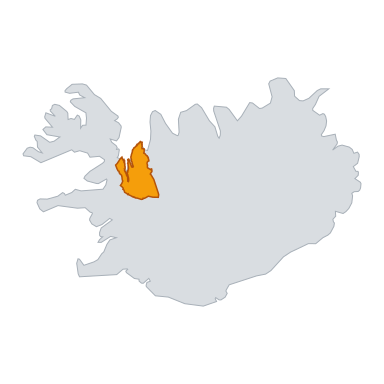 Húnaþing vestra, Norðurland vestra, Iceland (highlighted)
{"feature_id": "244011B78038893235430", "entity_name": "Húnaþing vestra", "entity_type": "district", "adm_level": 2, "iso_a3": "ISL", "parent_name": "Iceland", "parent_adm1": "Norðurland vestra", "projection": "mercator", "projection_center": [-20.962, 65.308], "detail": "fine", "context": "in_parent", "style": "filled", "palette": "amber", "viewbox_px": 384, "rotation_deg": 0, "n_neighbors": 0, "source": "geoboundaries", "source_scale": "gbopen_adm2", "svg_char_len": 8907}
<svg xmlns="http://www.w3.org/2000/svg" viewBox="0 0 384 384"><path d="M299.5,100.6L303.1,100.9L308.9,98.3L317.3,90.5L320.8,88.8L328.9,88.8L319.1,96.3L315.4,104.5L312.7,108.5L312.7,110.3L319.6,115.2L322.9,113.6L324.4,114.2L325.7,116.6L326.6,121.1L326.0,125.9L324.0,130.7L321.3,134.7L321.7,136.0L323.8,136.6L335.2,134.2L336.4,140.0L337.4,142.0L337.1,143.9L332.6,150.1L337.9,146.2L342.1,145.1L349.3,147.1L352.2,149.4L353.9,153.3L357.5,152.1L359.1,154.3L359.2,156.7L357.6,163.3L353.3,166.6L355.9,171.3L358.0,171.4L358.4,172.5L358.2,175.3L354.9,178.6L360.3,182.2L361.0,183.6L360.6,187.8L359.7,190.1L358.1,191.5L354.2,191.7L351.8,193.3L352.6,195.8L351.8,202.8L348.8,208.5L345.9,211.6L343.1,213.5L335.4,211.3L335.7,216.2L332.9,219.3L333.4,221.8L334.4,223.0L333.9,226.3L330.4,232.9L327.9,235.1L322.9,237.7L315.7,243.7L308.4,243.6L290.6,252.1L283.5,256.8L270.9,270.6L265.6,274.1L256.5,275.9L229.2,284.8L226.1,290.2L226.0,291.3L227.2,293.4L225.1,297.2L221.0,299.9L219.1,299.9L215.7,297.6L215.2,298.7L216.6,301.5L203.3,306.1L184.8,303.7L168.4,297.1L155.4,295.8L146.3,286.6L146.1,285.2L147.0,282.4L150.3,281.2L148.8,278.4L143.2,283.3L141.4,283.1L139.1,281.1L139.0,279.2L134.4,278.5L126.4,272.6L125.8,271.2L127.7,269.3L127.3,268.9L123.0,269.2L116.7,274.6L79.5,276.8L78.2,273.9L76.7,263.3L78.0,258.8L79.5,259.2L83.9,265.3L93.9,261.9L97.9,259.6L101.7,253.8L103.8,251.9L106.9,244.4L109.9,239.9L116.3,237.7L110.6,236.4L101.2,242.4L98.0,242.4L99.5,239.7L102.7,236.8L100.5,236.6L99.6,235.3L99.6,232.5L101.2,228.0L112.3,219.9L109.7,218.4L102.0,224.5L96.4,226.7L91.8,223.9L89.6,220.1L89.8,218.4L92.4,213.6L92.0,212.6L90.2,212.2L85.2,207.7L77.4,208.2L58.0,205.6L43.4,211.8L39.8,208.9L37.0,202.7L37.5,200.3L40.1,198.9L47.3,199.1L57.8,196.2L62.6,192.6L64.4,193.5L65.3,195.2L71.8,192.5L75.3,189.3L81.1,190.9L103.0,189.2L105.8,185.0L107.0,180.0L106.5,179.0L98.4,183.6L96.6,183.5L87.3,181.0L83.9,178.3L85.0,176.1L90.0,171.3L102.5,163.3L104.3,161.6L104.5,159.7L99.5,156.3L90.0,157.2L87.6,153.1L79.7,150.7L74.5,152.2L71.7,149.8L40.9,162.7L30.8,156.7L23.7,155.8L23.0,153.9L27.2,148.2L30.1,147.2L32.9,147.7L38.4,151.7L42.2,152.9L37.5,147.1L37.2,141.5L35.8,140.0L34.3,136.3L34.9,135.0L40.6,135.9L49.7,142.3L54.1,141.2L59.9,137.0L46.9,134.7L42.9,129.5L45.8,126.9L52.5,127.2L45.0,118.3L44.7,116.8L45.9,112.8L55.3,116.3L50.3,111.0L50.2,109.8L51.6,108.8L52.4,105.5L54.7,104.3L59.4,105.4L66.8,111.5L67.8,113.2L68.1,119.5L71.0,118.5L74.4,119.4L77.3,115.1L79.2,116.1L80.8,119.9L80.6,128.2L82.6,125.3L86.0,125.1L86.5,118.2L85.9,112.8L74.7,106.4L70.3,101.8L70.8,100.3L73.0,98.9L84.7,97.7L79.7,95.0L78.4,92.2L69.6,93.3L65.1,92.1L65.0,90.7L66.8,88.6L72.1,84.3L82.4,83.9L86.5,85.1L94.4,94.6L100.7,98.4L111.3,111.3L118.0,116.1L118.3,117.4L117.2,118.9L114.6,120.6L118.6,122.8L121.1,126.0L121.2,127.5L119.0,137.6L116.5,140.9L110.2,139.0L111.7,142.2L116.2,145.7L117.2,147.6L116.5,149.4L118.7,148.9L119.3,149.9L118.4,155.7L117.2,157.7L120.9,158.9L123.5,161.7L126.6,173.1L128.3,164.3L129.2,161.1L130.7,159.9L132.5,150.9L136.7,145.6L140.6,143.6L144.6,149.8L147.5,150.5L150.5,139.4L150.9,131.2L150.0,122.1L150.5,115.6L152.5,111.7L155.2,110.5L160.8,114.3L165.5,123.4L172.5,133.2L177.4,135.7L178.2,135.3L179.1,132.2L178.4,119.2L180.7,112.3L186.5,110.6L195.3,104.3L197.3,104.0L201.6,107.7L209.4,120.8L214.9,126.8L217.8,136.4L219.1,138.2L220.3,135.2L220.4,131.0L213.7,111.0L213.6,108.3L214.3,106.1L226.4,107.2L229.1,109.4L237.4,120.8L241.5,116.2L249.7,102.6L252.5,103.0L259.5,108.5L262.2,108.1L270.4,103.1L272.1,96.8L268.7,83.8L270.1,81.1L277.7,77.9L285.8,78.5L294.3,90.6L294.6,96.2L299.5,100.6Z" fill="#d9dde1" stroke="#a8b0b8" stroke-width="1"/><path d="M158.3,197.3L158.7,194.7L158.2,192.8L153.8,179.4L150.8,174.4L150.4,174.3L150.4,173.7L150.5,173.4L151.8,171.8L151.8,171.7L151.8,171.4L152.0,171.0L151.9,170.8L151.9,170.6L151.6,170.2L151.8,169.7L151.7,169.4L151.7,169.2L151.6,168.9L151.4,168.9L150.7,169.1L150.7,169.3L150.6,169.5L150.4,169.6L148.2,168.1L147.7,168.0L147.4,167.4L147.4,166.5L147.3,165.8L147.6,165.3L147.6,165.1L147.4,164.7L147.2,164.3L147.0,163.4L147.1,163.0L147.2,162.3L147.6,161.8L147.6,161.7L147.8,161.4L148.9,160.9L148.8,160.5L148.8,160.4L148.7,160.1L148.8,160.0L148.7,159.7L148.6,159.4L148.6,159.2L148.3,158.5L148.4,158.4L148.3,158.0L148.3,157.8L148.1,157.7L148.1,157.3L147.8,157.2L147.7,157.0L147.8,156.9L147.7,156.8L147.6,156.6L147.2,156.2L147.3,156.1L147.2,155.8L146.0,155.1L145.7,154.6L145.5,154.2L144.5,153.4L143.8,153.2L143.7,153.0L144.1,152.2L144.2,150.6L144.2,150.1L144.2,149.7L144.2,149.4L143.7,149.1L143.8,148.9L143.2,148.9L143.1,148.6L142.2,148.4L142.0,148.5L141.9,148.1L141.9,147.8L141.9,147.6L141.9,147.4L142.2,146.4L142.1,146.2L142.1,145.7L142.1,145.4L142.1,145.0L141.9,144.9L142.0,144.7L141.8,144.5L142.0,144.3L141.9,144.2L142.0,143.9L142.0,143.6L142.1,143.2L142.2,142.9L142.2,142.7L141.4,142.8L141.2,142.4L141.3,142.3L141.2,142.3L141.3,142.1L141.2,142.0L140.8,141.7L140.6,142.0L140.4,142.0L140.4,142.4L140.3,142.5L139.9,142.6L139.8,142.1L139.3,142.7L139.0,142.9L138.9,143.1L138.7,143.3L138.7,143.5L138.4,143.4L137.9,143.8L137.9,144.1L137.6,144.4L137.4,144.7L137.4,145.0L137.0,145.2L136.8,145.7L136.6,145.7L136.3,146.0L136.3,145.9L136.1,146.0L136.1,145.9L135.7,146.6L135.2,146.9L134.9,147.2L134.7,147.5L134.3,147.6L134.2,147.7L134.0,147.8L134.1,148.0L133.8,148.2L133.4,149.0L133.0,149.3L132.9,149.6L132.7,149.7L132.4,150.2L132.4,150.5L132.6,150.6L132.5,150.9L132.5,151.0L132.2,152.1L132.2,152.6L131.9,153.2L131.9,153.5L131.6,154.0L131.3,155.0L131.3,155.6L131.0,156.2L131.1,156.3L131.0,156.5L130.9,157.1L130.9,157.8L131.1,158.4L131.2,158.7L131.2,159.0L131.3,159.1L131.3,159.3L131.4,159.5L131.3,159.9L131.4,160.0L131.3,160.3L131.4,160.7L131.7,161.6L132.0,161.9L132.1,162.8L132.2,163.2L132.1,163.3L132.2,163.5L132.3,163.6L132.4,163.8L132.5,164.3L132.7,165.0L133.3,166.3L133.4,166.8L133.3,166.6L133.1,167.0L132.6,167.2L132.1,167.2L131.9,167.1L131.9,166.9L131.6,166.5L131.5,166.4L131.6,166.2L131.4,166.1L131.2,165.6L131.1,165.4L130.8,164.8L130.8,164.5L130.5,164.1L130.5,163.7L130.3,163.3L130.3,163.2L130.1,162.9L130.1,162.7L129.7,161.6L129.6,161.4L129.5,161.0L129.4,160.6L129.4,160.4L129.4,160.2L128.9,159.5L128.8,159.1L128.5,159.0L127.7,159.6L127.7,159.9L127.8,160.0L127.8,160.3L128.0,160.8L128.0,161.2L128.1,161.4L128.1,162.1L127.9,162.6L128.0,162.8L127.9,163.0L128.0,163.0L128.0,163.8L128.1,164.0L128.1,164.4L128.0,164.7L128.2,165.5L128.2,165.8L128.3,166.4L128.5,167.0L128.5,167.3L128.4,167.6L128.5,168.1L128.5,168.9L128.4,169.2L128.2,169.6L128.2,169.8L128.2,170.1L127.9,170.5L127.6,171.0L127.7,171.3L127.6,171.5L127.9,171.8L127.9,172.0L127.4,172.4L127.3,172.6L127.1,173.1L127.2,173.3L127.2,173.5L127.3,173.8L127.3,174.0L127.6,174.2L127.7,174.4L127.7,174.6L127.7,174.9L127.8,175.1L127.8,175.3L127.9,175.5L128.5,178.0L128.6,178.8L128.5,179.2L128.6,179.3L128.6,179.5L128.7,179.8L128.6,180.1L128.7,180.9L128.6,181.0L128.4,181.1L128.3,181.4L128.2,181.3L127.8,181.3L127.7,181.1L127.8,180.2L127.7,179.8L127.8,179.5L127.7,179.2L127.8,178.9L127.6,178.3L127.7,177.8L127.6,177.6L127.6,177.4L127.8,177.4L127.7,177.3L127.6,177.0L127.3,176.5L126.9,176.0L126.7,175.4L126.5,175.2L126.4,174.9L126.4,174.7L126.6,174.6L126.3,174.3L126.3,174.0L126.3,173.9L125.9,173.3L125.6,172.7L125.8,172.6L125.7,172.4L125.6,172.1L125.2,171.7L125.4,171.5L125.5,171.3L124.9,171.1L124.7,170.9L124.5,170.5L124.5,170.1L124.7,169.6L124.7,169.4L124.7,169.2L124.9,169.0L124.9,168.9L125.0,168.5L125.0,168.3L125.1,168.0L125.0,167.8L125.1,167.0L125.1,166.8L125.0,166.5L125.0,166.4L124.8,166.2L124.9,165.9L124.9,165.6L124.8,165.4L124.8,165.0L124.8,164.9L124.8,165.0L124.7,165.0L124.7,164.8L124.7,164.7L124.8,164.4L124.7,164.1L124.9,164.0L124.8,163.7L124.7,163.1L124.3,162.8L124.4,162.7L124.0,162.1L124.1,161.9L124.3,161.9L124.3,161.7L124.5,161.2L124.6,160.9L124.6,161.0L124.5,160.9L124.6,160.7L124.4,160.5L124.3,160.9L124.1,161.0L123.8,160.8L123.9,160.3L123.7,160.4L123.7,160.2L123.3,160.2L123.4,159.7L123.1,159.9L123.0,159.7L123.1,159.4L122.5,159.1L122.2,158.8L122.2,158.7L122.3,158.3L122.3,158.0L122.0,157.7L121.9,157.1L121.1,157.7L120.7,158.5L119.9,159.2L118.6,161.4L117.8,162.5L117.3,163.4L115.6,165.1L117.0,168.8L117.4,169.5L118.0,170.8L119.1,171.4L119.2,172.8L119.8,173.3L120.0,174.0L120.7,174.5L121.4,175.1L121.8,176.0L121.8,176.6L122.0,177.0L122.0,177.7L122.2,179.4L122.5,180.5L122.8,181.0L121.8,183.5L120.4,185.5L122.1,186.9L123.2,188.2L123.2,188.4L123.2,188.7L122.9,189.3L123.9,190.0L124.2,190.7L124.4,191.5L124.6,192.2L124.7,192.3L127.1,193.7L127.4,194.2L127.7,194.3L127.8,194.5L128.1,194.3L128.0,194.1L128.3,193.9L128.7,194.8L130.6,195.6L131.4,196.1L131.9,196.2L132.0,196.3L132.2,196.6L132.4,196.8L132.9,196.8L133.2,197.0L133.3,196.9L133.4,197.0L133.6,196.9L134.1,197.3L134.5,197.1L134.8,197.3L134.8,197.5L135.1,197.8L135.4,197.8L135.6,198.0L137.2,198.1L141.3,199.4L142.8,199.2L143.0,198.3L144.5,198.3L146.1,197.5L148.3,196.2L152.9,197.2L158.3,197.3ZM125.1,169.5L125.0,169.3L124.9,169.3L125.1,169.5Z" fill="#f59e0b" stroke="#b45309" stroke-width="1.5"/></svg>